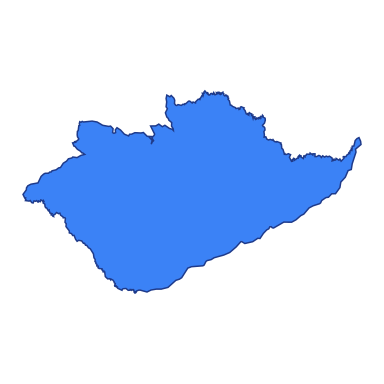 Orocué, Casanare, Colombia
{"feature_id": "7082276B28249229297744", "entity_name": "Orocué", "entity_type": "district", "adm_level": 2, "iso_a3": "COL", "parent_name": "Colombia", "parent_adm1": "Casanare", "projection": "robinson", "projection_center": [-71.616, 4.911], "detail": "fine", "context": "isolated", "style": "filled", "palette": "blue", "viewbox_px": 384, "rotation_deg": 0, "n_neighbors": 0, "source": "geoboundaries", "source_scale": "gbopen_adm2", "svg_char_len": 5936}
<svg xmlns="http://www.w3.org/2000/svg" viewBox="0 0 384 384"><path d="M161.3,289.1L168.0,287.4L175.9,280.3L179.4,279.2L181.7,277.7L187.8,268.1L191.5,266.7L202.9,265.8L204.1,265.1L206.0,261.4L207.1,260.6L211.2,259.6L214.2,257.7L223.9,255.0L229.7,252.5L236.2,246.9L240.8,241.7L241.9,241.7L244.8,243.5L252.7,241.7L257.8,238.3L260.0,238.5L263.4,233.4L266.7,229.9L268.8,228.8L269.8,226.8L271.2,226.7L272.3,227.8L273.6,228.0L283.8,222.1L291.6,222.2L296.0,219.8L300.8,215.6L303.8,214.1L309.1,207.9L313.1,205.8L319.6,203.7L320.6,202.9L321.7,200.5L325.9,197.6L328.5,197.2L331.7,193.8L335.5,193.7L339.9,187.6L340.8,182.1L345.3,177.2L348.1,170.6L351.3,169.5L352.2,163.8L356.0,152.1L355.5,149.2L361.0,144.5L360.6,141.2L359.0,137.6L357.0,138.6L355.2,140.5L353.9,146.0L352.2,146.2L352.0,149.4L351.4,148.9L351.5,150.3L350.9,149.9L349.9,151.1L350.0,152.1L349.2,152.4L349.5,153.4L348.8,153.2L348.8,153.7L346.9,155.0L346.0,156.6L343.4,156.6L343.2,156.9L344.3,157.3L343.9,158.3L341.1,161.2L339.9,159.0L338.9,160.2L336.1,158.4L335.6,160.0L334.4,160.2L334.0,159.1L333.1,159.7L333.2,160.6L332.1,160.9L332.4,159.8L332.0,157.9L329.4,156.2L327.9,156.8L326.2,156.1L324.6,157.1L322.7,155.8L321.3,157.5L320.4,156.1L318.9,155.4L316.6,156.6L315.0,156.6L315.0,153.8L312.9,153.8L312.8,155.0L310.1,153.0L309.8,154.3L306.8,154.1L306.0,155.3L305.0,155.6L305.0,156.8L303.8,156.1L303.3,158.5L301.1,157.1L301.1,155.9L299.7,155.3L299.6,156.7L299.0,156.9L299.0,155.7L298.1,156.6L298.1,158.2L297.4,158.1L294.5,160.2L294.4,158.6L293.5,158.3L293.1,159.2L293.9,159.6L292.4,159.7L292.6,161.2L291.5,161.4L289.4,157.2L290.6,154.7L288.4,153.7L286.4,154.5L284.5,154.3L284.8,153.5L284.2,153.4L283.0,149.4L281.8,148.3L281.4,144.5L280.6,143.9L281.0,143.1L276.8,141.5L276.3,142.0L274.4,141.5L273.0,139.6L272.6,140.2L270.1,139.4L268.6,140.0L266.9,139.2L265.8,136.8L264.1,137.1L264.4,135.0L263.9,131.5L265.0,130.0L264.8,127.9L263.8,126.6L263.2,126.6L262.5,125.3L264.5,123.1L265.3,120.2L265.1,118.2L262.9,117.0L263.2,116.1L262.5,115.3L262.3,116.5L260.8,116.4L260.8,117.9L260.1,117.4L259.9,118.5L258.8,117.6L258.1,117.9L258.1,118.7L256.4,118.0L256.4,119.1L255.7,119.5L254.3,117.5L254.8,116.9L253.6,116.7L253.1,118.5L252.6,116.7L252.9,115.2L251.6,115.5L251.9,114.1L250.8,113.5L249.4,113.8L249.7,112.9L249.3,112.6L248.5,113.8L248.0,113.7L248.5,115.0L246.2,113.8L245.1,110.6L243.6,108.8L244.1,107.9L241.1,106.7L240.3,107.3L240.0,109.1L239.0,109.5L238.6,108.1L235.9,108.5L235.4,107.6L232.3,106.3L231.6,105.3L230.3,105.1L229.4,100.9L228.0,99.2L228.6,98.2L227.9,97.6L228.0,96.4L227.2,96.4L226.9,95.0L226.7,95.8L225.9,94.9L225.0,95.9L224.5,95.7L223.6,94.6L223.8,93.7L223.0,93.2L222.9,92.2L221.5,93.0L221.3,94.1L220.3,94.6L219.6,94.0L220.4,93.0L219.4,92.4L218.6,93.1L218.1,91.7L218.0,92.4L217.4,92.5L217.4,93.4L216.4,92.8L216.6,94.1L215.0,94.8L214.2,93.4L213.9,94.2L213.3,94.1L213.3,93.1L212.5,94.3L211.4,93.4L210.7,93.6L209.9,94.9L209.1,95.1L208.1,93.7L207.9,94.2L207.4,93.6L207.9,92.2L206.9,93.3L204.9,90.9L203.9,92.1L204.0,93.3L202.4,93.3L203.3,95.0L203.0,95.9L202.7,95.1L202.2,95.2L200.1,98.8L199.8,97.9L199.9,99.5L198.2,99.2L195.6,101.8L195.5,102.9L193.0,102.0L192.2,103.0L189.7,101.1L188.5,101.2L185.8,103.7L184.8,103.7L184.5,104.6L183.0,104.2L181.3,105.4L178.0,104.6L176.8,105.5L175.8,105.3L174.5,103.6L174.7,100.2L173.9,98.2L171.2,95.5L169.9,96.8L166.8,95.1L166.1,98.5L166.7,101.9L166.1,106.8L167.4,108.7L165.4,112.8L166.8,117.0L168.3,118.5L168.8,120.1L171.7,122.6L171.5,126.1L173.2,128.8L173.4,130.5L172.2,129.3L169.4,128.4L164.9,125.3L162.3,126.7L158.8,124.1L155.8,125.9L150.6,126.0L154.6,134.1L154.1,135.4L151.9,137.8L153.6,140.7L152.3,141.9L151.2,144.2L152.2,140.3L149.5,137.5L151.1,136.5L147.2,136.3L143.4,132.5L141.0,133.0L134.9,132.7L131.5,134.2L129.6,134.2L128.6,135.9L124.4,134.2L120.5,130.0L117.0,127.7L115.3,129.9L115.6,132.6L113.9,133.3L112.6,132.6L113.1,128.7L110.6,126.1L108.6,126.4L102.7,125.3L97.1,122.0L92.1,121.1L83.4,122.0L82.2,121.4L81.0,122.3L79.8,121.7L79.3,123.5L79.7,125.3L78.8,125.7L78.2,130.6L77.4,131.3L77.2,134.9L77.5,136.9L78.7,138.7L78.5,139.5L76.5,141.2L74.9,141.6L75.5,142.3L72.6,142.9L73.9,146.1L74.9,146.3L77.4,149.3L80.3,151.1L81.9,152.9L82.7,152.9L84.7,154.4L80.9,155.4L77.1,157.6L72.8,157.0L71.8,158.0L68.4,158.8L66.6,161.1L63.3,163.2L60.5,167.5L58.6,167.9L56.1,169.8L52.0,170.8L51.1,172.0L49.6,172.1L48.6,173.2L45.1,173.3L43.6,174.1L41.1,176.4L38.0,182.9L30.9,184.2L27.8,185.8L26.5,187.8L26.3,189.9L23.0,194.4L24.7,198.0L25.6,197.9L25.4,199.2L26.1,200.0L25.6,200.6L29.2,201.1L30.2,200.5L31.7,202.6L33.1,203.0L34.0,200.9L35.7,201.3L36.7,200.6L38.0,202.1L38.6,201.9L38.7,201.0L40.4,201.6L40.7,200.0L41.9,200.3L42.8,201.4L43.4,200.5L44.0,201.6L43.1,202.9L44.8,204.1L45.0,206.3L45.6,207.7L46.6,207.9L48.2,210.5L49.0,210.1L48.8,211.0L49.4,211.2L50.0,213.1L52.0,213.6L51.1,214.8L52.2,215.2L53.0,216.4L53.5,216.5L53.1,215.8L53.9,214.7L54.6,214.7L56.6,212.5L58.6,213.7L59.9,213.2L60.6,215.2L63.0,216.9L63.2,217.8L64.9,217.7L65.4,218.4L65.0,222.3L66.2,223.7L66.0,226.6L69.3,230.9L69.3,232.9L71.5,233.6L72.7,235.5L74.1,235.4L75.6,239.3L77.1,241.3L78.7,240.3L81.7,240.9L83.4,243.3L84.6,243.3L85.5,245.2L86.7,245.3L88.5,247.8L90.3,248.8L93.4,253.8L94.0,257.8L95.2,259.5L95.0,261.6L95.8,262.1L95.9,263.6L96.9,264.4L96.8,265.9L98.3,266.2L98.0,267.7L99.1,268.5L102.0,268.8L101.9,269.8L102.6,270.0L103.1,271.7L103.9,271.2L104.1,272.0L104.7,272.0L105.3,276.6L107.7,278.9L109.7,278.7L110.7,279.9L111.0,279.1L112.8,280.0L114.1,281.7L114.2,282.7L115.3,283.6L114.6,285.5L114.8,286.2L115.3,286.3L115.3,285.7L115.7,286.4L116.2,286.0L116.8,287.0L116.6,286.4L117.4,287.0L117.0,287.4L117.9,288.4L122.0,290.3L122.4,289.2L123.3,288.7L126.0,288.5L128.2,290.3L129.9,290.2L130.2,289.5L131.3,290.3L131.8,289.6L132.9,290.1L133.2,289.6L133.8,290.0L134.2,292.3L135.0,293.1L135.5,292.8L134.5,292.1L135.2,291.7L135.8,292.2L135.4,291.7L136.4,291.7L136.6,291.0L138.5,290.2L140.1,290.1L147.0,292.0L151.1,290.0L156.4,289.1L161.3,289.1Z" fill="#3b82f6" stroke="#1e3a8a" stroke-width="1.5"/></svg>